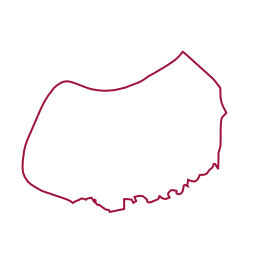 the district of Le Chan, Hải Phòng, Vietnam, rotated 102°
{"feature_id": "81297802B93912769577432", "entity_name": "Le Chan", "entity_type": "district", "adm_level": 2, "iso_a3": "VNM", "parent_name": "Vietnam", "parent_adm1": "Hải Phòng", "projection": "albers", "projection_center": [106.683, 20.836], "detail": "fine", "context": "isolated", "style": "outline", "palette": "rose", "viewbox_px": 256, "rotation_deg": 102, "n_neighbors": 0, "source": "geoboundaries", "source_scale": "gbopen_adm2", "svg_char_len": 2510}
<svg xmlns="http://www.w3.org/2000/svg" viewBox="0 0 256 256"><g transform="rotate(102 128 128)"><path d="M42.1,90.3L47.4,93.1L48.9,94.1L49.9,94.8L52.3,96.7L55.0,99.2L58.0,102.1L61.9,106.1L64.9,109.5L70.1,115.1L71.3,116.6L73.5,119.1L76.0,121.2L79.2,124.5L81.2,127.0L86.4,135.1L89.1,139.2L91.9,145.0L93.9,149.6L95.0,153.2L96.0,156.8L96.7,160.1L97.3,165.0L97.6,170.3L97.6,170.6L97.5,173.5L97.2,176.6L95.9,184.6L94.9,191.8L94.8,195.4L95.1,197.9L96.2,200.7L97.9,203.2L101.1,206.4L104.3,208.8L108.9,210.9L113.6,213.1L120.1,215.4L127.6,217.3L160.7,224.0L165.9,224.7L169.5,224.8L171.6,224.9L181.7,224.1L187.9,223.1L193.0,221.6L196.8,219.2L198.9,217.3L201.5,214.4L202.9,212.0L204.9,207.2L206.2,203.1L207.2,199.7L207.7,197.0L209.7,179.9L210.6,172.7L211.4,169.3L212.8,166.2L211.0,164.6L208.6,161.1L207.2,159.5L206.6,158.7L206.6,158.2L206.5,157.8L206.5,156.9L206.8,154.0L205.9,153.6L205.6,153.3L203.8,149.5L203.9,148.9L205.8,147.1L206.5,146.4L206.9,146.0L205.1,145.5L205.5,144.6L207.8,144.7L207.9,143.8L208.8,143.0L209.4,142.1L209.5,141.4L209.5,140.8L209.1,140.2L210.8,136.6L212.2,133.3L212.4,131.7L212.1,129.7L212.5,129.2L213.9,128.4L212.7,125.6L211.6,123.1L208.0,114.9L199.7,116.7L198.4,117.0L197.7,113.7L197.3,109.5L200.1,107.3L199.7,106.9L199.4,106.6L198.2,105.2L197.9,104.8L194.0,107.3L191.9,102.6L191.6,99.5L193.6,95.1L193.9,94.8L194.5,94.4L195.5,94.0L196.1,93.6L196.4,93.1L196.5,92.5L196.4,91.8L196.1,90.7L192.5,85.4L191.5,84.0L190.5,83.4L189.1,83.3L188.1,83.1L188.1,82.4L189.3,80.8L189.7,78.9L189.7,77.4L189.5,76.1L188.7,75.0L188.1,74.0L187.7,73.3L187.3,72.9L186.5,73.4L185.7,74.4L184.9,74.9L184.1,75.1L182.9,74.9L181.3,73.9L180.9,73.7L180.5,73.4L179.9,72.9L179.6,71.8L179.3,68.3L179.4,67.4L179.9,67.2L180.8,67.3L181.3,67.3L182.0,66.7L182.2,65.5L182.1,64.1L181.5,63.1L180.4,62.1L179.7,61.8L178.5,61.4L175.9,61.3L173.7,61.5L173.0,61.5L172.1,61.0L171.9,60.3L172.4,57.6L171.8,58.1L171.4,58.2L168.0,58.2L166.2,58.5L166.3,57.9L166.7,54.7L166.5,51.8L165.3,50.2L163.9,49.4L162.8,48.9L161.9,48.6L160.4,48.3L159.0,48.0L158.7,47.5L158.4,45.5L157.9,43.9L157.0,42.5L156.4,41.7L155.9,41.3L152.2,39.7L149.8,37.8L149.0,37.3L147.4,36.8L147.0,36.7L145.7,36.9L145.1,35.9L145.1,35.3L149.5,31.1L148.3,31.5L140.9,32.8L137.5,33.5L133.5,34.3L126.5,33.8L117.9,35.4L116.8,35.7L106.7,37.7L102.3,38.3L99.4,38.4L98.1,38.1L95.7,36.8L92.8,34.9L91.0,36.3L87.7,39.1L84.5,41.3L81.4,42.8L80.4,43.2L79.3,43.7L73.7,45.1L69.7,46.0L64.2,52.4L62.9,54.1L61.5,56.2L43.9,86.6L42.8,88.7L42.1,90.3Z" fill="none" stroke="#9f1239" stroke-width="2"/></g></svg>